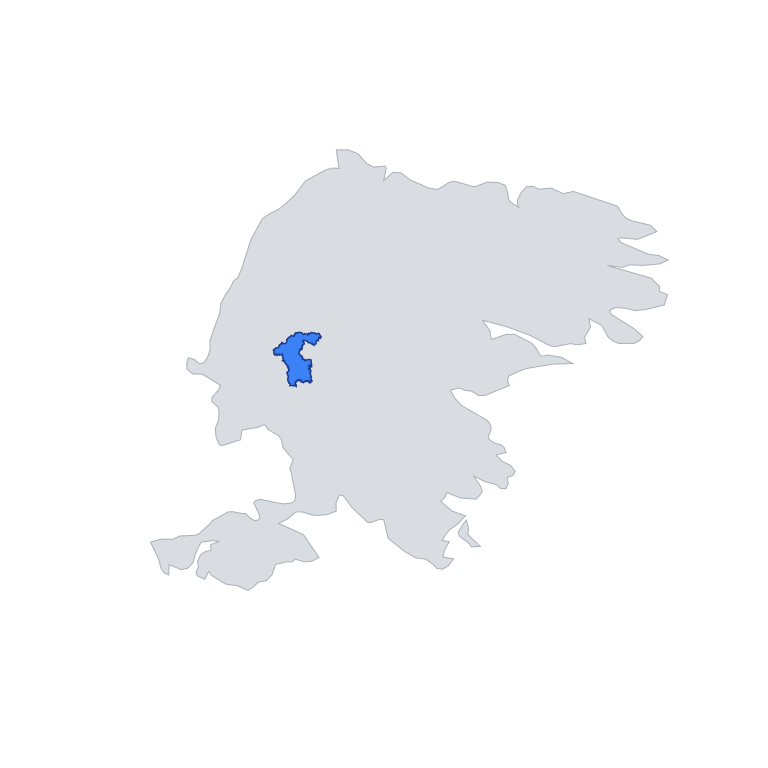 Kinnegad Lea-5, Westmeath, Ireland (highlighted), rotated 213°
{"feature_id": "5873133B19400646094396", "entity_name": "Kinnegad Lea-5", "entity_type": "district", "adm_level": 2, "iso_a3": "IRL", "parent_name": "Ireland", "parent_adm1": "Westmeath", "projection": "orthographic", "projection_center": [-7.232, 53.592], "detail": "fine", "context": "in_parent", "style": "filled", "palette": "blue", "viewbox_px": 768, "rotation_deg": 213, "n_neighbors": 0, "source": "geoboundaries", "source_scale": "gbopen_adm2", "svg_char_len": 9450}
<svg xmlns="http://www.w3.org/2000/svg" viewBox="0 0 768 768"><g transform="rotate(213 384 384)"><path d="M472.6,145.2L459.6,154.5L457.5,158.0L453.8,172.1L453.4,176.1L445.1,191.8L440.4,195.0L433.5,197.5L429.5,200.0L424.5,198.7L418.2,198.9L415.1,201.6L415.2,203.8L417.1,206.3L428.7,213.6L428.0,216.6L424.6,220.0L403.6,228.3L397.3,233.3L395.1,236.7L397.3,242.3L413.9,259.5L416.7,261.3L419.1,271.2L433.9,275.5L439.9,281.7L445.2,283.2L456.6,282.7L461.1,285.0L463.7,283.2L465.2,280.0L478.0,268.0L474.0,259.0L486.8,243.6L490.3,243.9L496.4,248.5L501.3,255.0L503.0,263.7L507.7,271.5L510.7,274.2L518.9,275.7L520.9,278.7L519.5,290.1L520.7,293.8L541.6,293.3L549.9,288.3L557.2,289.1L560.8,294.1L562.5,299.3L556.3,301.3L549.7,300.4L546.6,303.8L546.5,310.4L548.8,318.9L553.3,324.9L556.9,338.5L560.1,353.5L564.7,362.6L565.8,373.9L565.3,379.4L566.2,389.4L564.4,393.0L566.0,402.3L574.2,432.5L576.1,456.0L572.4,465.0L567.4,473.4L564.2,483.4L561.7,494.2L560.4,511.6L549.4,532.0L544.7,537.1L539.2,540.3L551.5,554.4L541.6,560.8L530.8,562.9L518.7,559.5L511.2,560.0L501.7,567.4L499.6,566.1L495.0,554.4L491.7,566.5L484.8,570.3L472.9,569.5L453.1,572.7L445.4,576.1L442.2,581.5L439.8,587.6L436.7,591.3L433.2,593.2L417.8,597.7L414.7,599.5L407.5,609.4L398.0,615.1L390.3,616.7L383.5,610.8L380.7,607.3L377.5,605.4L366.9,605.5L370.2,607.4L372.3,611.5L373.3,619.4L371.9,627.1L366.6,631.0L360.4,631.6L350.4,639.4L337.3,641.3L330.1,648.6L286.5,659.9L284.1,660.0L278.2,656.6L271.7,655.0L265.3,655.8L246.9,662.2L238.2,660.5L250.0,643.6L265.2,635.3L266.9,633.0L262.0,631.7L233.3,636.7L223.2,641.5L213.3,642.6L218.2,634.9L231.3,624.6L242.6,617.9L247.6,611.7L261.2,605.0L217.5,618.3L206.2,616.0L203.7,611.7L194.8,613.3L191.9,603.1L205.6,588.5L213.5,582.2L222.6,579.1L231.5,574.3L234.9,568.2L230.9,566.1L204.9,566.6L192.6,564.8L193.4,559.9L196.0,554.6L209.2,545.8L216.2,544.6L222.3,545.7L233.1,551.7L247.7,550.4L241.8,544.2L241.2,532.1L236.7,527.9L242.8,522.5L249.7,519.3L261.4,508.1L265.5,506.5L287.9,504.4L312.1,498.9L336.1,491.1L324.0,486.1L318.3,479.8L308.6,492.1L301.7,496.7L282.6,498.7L276.6,497.1L268.2,492.9L265.5,494.3L262.9,497.2L250.0,503.0L236.7,504.0L252.5,493.2L272.8,474.8L277.3,468.8L283.8,458.5L282.0,453.8L278.1,451.0L292.8,429.8L297.9,426.0L306.9,425.6L313.6,422.4L316.5,422.4L319.2,421.2L325.1,414.9L316.3,410.5L307.2,408.2L278.6,409.6L274.9,409.0L271.5,406.9L269.3,403.9L267.8,396.5L265.8,394.8L259.3,394.6L253.0,396.6L248.6,396.2L244.3,392.9L251.5,385.6L242.7,383.5L233.6,384.6L226.2,382.1L226.2,377.3L229.8,372.8L225.5,368.1L224.8,362.5L229.7,359.9L234.8,361.0L245.5,357.2L259.0,355.7L247.6,351.1L243.1,347.4L243.1,342.0L244.2,337.5L257.8,330.1L272.1,327.2L271.2,322.0L272.4,316.5L258.1,314.4L243.9,317.8L245.8,307.2L249.5,297.7L250.4,291.4L250.0,284.6L243.3,287.3L242.9,277.7L240.3,271.0L230.4,275.2L231.0,266.5L234.1,260.6L239.3,258.2L244.3,259.5L253.6,259.8L262.8,255.5L275.8,254.8L296.5,256.9L310.4,270.1L314.1,267.9L320.1,260.0L322.8,259.1L344.2,263.2L357.4,268.1L361.0,266.7L359.3,257.7L354.8,251.4L360.7,243.3L367.8,237.9L372.5,235.2L383.3,232.0L388.1,228.8L391.3,218.4L396.4,209.7L369.4,213.8L344.0,203.0L348.2,195.8L353.7,191.7L363.1,188.7L364.0,184.9L368.8,181.8L376.7,173.6L374.0,162.7L375.7,154.8L381.3,149.7L383.2,142.2L385.7,136.8L397.0,135.0L407.9,130.0L424.6,129.5L428.9,131.6L428.0,122.6L435.8,121.5L438.9,123.3L440.2,129.7L443.7,133.7L444.8,140.8L442.4,146.3L438.4,150.5L442.0,154.8L436.3,162.6L442.4,159.3L451.2,151.7L450.8,145.4L449.3,137.6L446.9,130.5L448.1,122.7L453.0,117.9L465.8,115.5L460.6,106.6L465.3,105.8L470.3,107.7L477.8,114.5L493.7,124.2L486.0,132.8L476.4,138.8L472.6,145.2ZM241.3,310.6L240.7,314.7L234.7,309.2L231.8,303.5L214.8,300.2L222.2,294.9L225.6,296.7L237.7,297.4L241.0,299.9L241.3,310.6Z" fill="#d9dde1" stroke="#a8b0b8" stroke-width="1"/><path d="M446.0,347.4L447.7,348.4L448.0,348.4L448.9,349.0L448.8,349.3L448.8,349.8L448.7,350.3L449.0,350.6L449.4,350.9L449.8,350.9L450.5,351.8L451.7,352.8L451.8,353.0L452.0,353.0L452.0,353.3L452.3,353.6L452.3,353.9L452.1,354.2L452.1,354.6L452.2,354.8L452.2,355.0L452.9,354.9L453.1,355.0L453.5,355.4L453.4,355.6L453.6,355.9L454.2,356.5L454.4,356.1L454.6,355.5L455.3,355.8L455.4,355.6L455.7,355.8L455.3,357.0L455.5,357.1L456.3,357.9L457.0,358.1L456.5,359.5L455.8,359.1L455.5,358.6L455.0,358.3L454.5,358.7L454.1,358.9L454.4,359.3L454.4,359.6L454.8,360.1L454.9,360.3L458.3,364.4L460.4,363.7L461.0,363.0L462.2,361.6L462.3,361.7L462.5,361.4L462.8,361.0L463.3,361.2L463.5,361.1L463.5,360.9L463.7,361.1L464.1,361.3L464.6,360.7L465.0,360.7L465.5,360.3L465.9,360.4L465.7,360.7L465.6,360.8L465.6,361.0L466.6,361.7L467.1,361.8L467.1,362.0L467.3,362.0L468.0,362.8L468.5,362.7L468.8,362.4L469.4,362.4L470.2,362.7L470.5,363.0L470.7,362.9L472.4,363.2L472.7,366.9L473.0,366.9L473.6,367.2L473.3,368.0L473.0,368.0L472.7,368.2L472.3,368.5L471.8,368.2L471.6,368.3L471.8,368.8L472.4,369.2L472.3,369.3L472.3,369.5L472.4,369.8L472.7,370.0L472.6,370.5L472.7,370.8L473.7,371.4L473.6,371.8L473.2,372.1L473.2,372.4L473.4,372.5L473.6,372.8L473.0,373.5L472.7,374.0L472.9,374.4L473.6,375.1L474.2,375.0L474.4,375.1L474.4,375.3L474.8,375.3L475.0,375.8L475.4,375.8L475.2,376.3L475.4,376.8L473.8,377.5L471.6,378.0L470.4,377.7L470.0,377.4L468.0,378.4L467.2,378.7L466.8,378.6L466.6,378.8L466.5,378.2L465.7,378.5L465.0,378.5L463.9,378.2L464.0,378.6L463.9,379.2L463.0,380.4L463.0,380.7L463.4,381.6L463.6,381.8L464.0,382.1L464.3,382.6L464.3,383.1L464.2,383.1L464.2,383.5L463.9,384.3L462.6,384.4L462.6,384.7L463.2,385.3L463.4,385.2L464.0,387.4L463.4,387.4L463.1,387.2L462.5,387.2L462.3,387.4L462.2,387.5L462.3,387.9L462.9,388.5L462.6,388.7L462.7,388.8L462.6,389.4L462.6,389.5L462.8,389.5L463.6,389.7L464.0,390.0L466.1,391.0L467.5,389.8L467.7,389.4L467.6,389.0L467.6,388.9L467.9,388.9L468.2,389.2L469.6,389.1L469.7,388.9L470.4,388.8L470.5,388.6L471.6,388.1L472.4,388.0L472.6,387.9L472.9,387.8L473.3,387.1L473.3,386.6L473.1,386.2L473.4,385.9L473.5,385.7L474.2,385.4L474.9,385.5L474.9,384.4L474.7,383.8L475.5,384.0L477.1,383.3L477.8,383.2L478.0,382.4L478.1,382.1L478.3,382.0L478.5,381.7L478.9,381.6L479.1,381.7L480.2,382.0L480.8,382.2L481.4,382.0L481.8,381.8L482.1,381.7L482.6,381.4L482.9,381.4L483.6,380.9L484.4,379.7L485.0,379.2L485.3,379.1L485.4,379.3L485.6,379.1L486.0,378.9L486.0,378.6L485.8,378.4L486.0,378.0L485.7,377.7L485.7,376.8L486.1,376.8L486.1,376.4L485.7,375.6L485.5,375.1L485.9,374.8L486.6,374.7L487.0,374.5L487.7,374.4L488.1,373.9L488.4,373.9L488.3,373.3L488.1,373.2L488.2,372.5L489.4,371.2L489.4,370.6L489.5,369.1L489.8,368.0L488.8,367.1L488.3,366.2L488.7,364.7L489.4,363.6L490.2,363.1L491.8,363.4L492.3,363.2L491.7,362.2L491.8,362.0L491.7,361.9L491.7,361.6L492.5,361.4L492.5,361.2L493.0,359.4L493.0,358.9L492.4,358.1L492.4,357.6L492.3,357.3L492.6,357.0L492.8,356.4L493.2,356.0L494.3,355.5L494.5,355.0L494.5,354.8L494.6,354.6L494.6,354.2L494.6,353.7L494.7,353.4L494.7,353.1L494.9,353.1L495.1,352.9L495.1,352.7L494.9,352.3L495.2,352.2L495.1,351.9L494.8,351.7L494.5,351.7L494.4,351.9L493.7,351.6L493.6,351.4L493.2,350.8L493.4,350.5L493.0,350.3L492.9,350.1L493.0,350.0L493.0,349.8L492.8,349.6L492.6,349.6L492.2,349.1L491.9,349.1L491.6,348.9L491.3,348.9L491.0,349.0L491.0,349.3L490.9,349.6L491.0,350.1L490.9,350.2L490.6,350.4L489.3,349.7L489.0,350.5L489.0,350.9L488.9,351.1L488.9,351.3L488.6,351.3L488.5,351.6L488.2,351.8L488.1,351.4L487.9,351.3L487.7,351.4L487.6,351.5L487.4,351.4L487.3,351.6L487.1,351.5L486.4,352.5L486.2,353.0L485.7,353.6L485.6,353.4L485.4,353.2L485.0,353.1L485.0,352.7L484.9,352.5L484.5,352.5L484.3,352.3L484.3,352.2L483.9,352.0L483.8,351.7L483.1,351.2L483.1,350.7L482.9,350.5L482.4,350.5L482.0,350.1L481.5,348.7L481.0,348.1L480.9,348.2L480.7,348.7L480.8,348.7L480.5,348.9L480.2,349.4L479.8,349.4L479.6,349.0L479.2,348.5L478.7,347.8L478.3,347.7L477.8,347.8L477.7,347.5L476.9,347.3L476.5,347.3L475.7,347.0L475.4,346.8L475.1,346.9L475.0,347.1L474.8,346.9L474.8,346.6L474.4,346.1L474.5,346.0L474.0,345.7L473.8,345.7L473.4,346.2L473.1,345.8L473.1,345.1L472.9,345.0L472.6,345.2L472.1,345.2L471.7,344.0L471.3,343.6L471.1,343.6L471.0,343.3L470.9,343.1L471.0,342.9L471.0,342.6L471.3,342.1L471.2,341.9L471.5,341.7L471.3,341.3L471.6,341.1L471.7,340.8L471.5,340.5L471.2,340.6L470.8,340.0L470.5,339.5L469.8,339.3L469.7,339.1L469.3,339.1L468.8,338.7L468.5,338.3L468.0,337.6L468.0,337.2L467.9,336.7L467.6,336.4L467.2,336.0L467.4,335.7L466.9,335.1L466.9,334.9L466.4,334.4L465.8,334.1L464.4,333.5L464.3,332.9L462.7,333.0L462.2,332.3L462.0,331.4L459.1,333.5L458.7,333.3L458.6,333.5L458.3,333.6L458.3,333.8L457.8,334.0L457.4,334.3L456.4,334.2L457.0,335.1L457.0,335.3L457.2,335.5L457.4,335.5L457.6,335.2L458.1,335.2L458.2,335.4L458.5,335.4L458.6,335.8L458.5,336.0L458.7,336.4L459.1,336.4L459.2,336.5L458.9,337.2L459.3,337.2L459.3,337.4L459.4,337.6L459.0,337.8L458.8,338.2L458.6,338.3L458.6,338.6L458.7,338.8L458.4,339.1L458.5,339.4L458.4,339.6L458.6,340.0L458.5,340.3L458.4,340.4L458.4,340.6L458.2,340.6L458.1,340.8L457.8,341.0L457.6,340.8L457.4,340.9L457.3,340.7L457.1,340.8L456.9,340.7L456.7,341.0L456.8,341.2L456.6,341.4L456.7,341.9L456.4,341.9L455.8,342.2L455.3,341.2L454.7,340.6L454.0,341.2L453.7,341.2L453.4,341.0L453.2,341.4L452.2,341.3L452.2,341.9L452.1,342.1L452.2,342.3L452.2,342.7L451.6,343.9L451.0,343.5L450.7,344.2L450.8,344.3L450.7,344.5L450.1,344.2L449.9,344.7L450.0,344.9L449.9,345.2L449.9,345.3L449.3,345.7L449.1,345.4L448.8,345.3L448.0,344.6L447.3,344.4L447.2,344.9L447.5,345.1L447.9,345.8L447.2,346.2L446.3,345.6L446.4,347.0L446.0,347.4Z" fill="#3b82f6" stroke="#1e3a8a" stroke-width="1.5"/></g></svg>